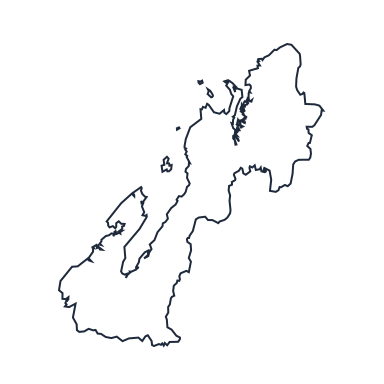 Analalava, Sofia, Madagascar (Natural Earth projection), rotated 6°
{"feature_id": "10022922B21608854890468", "entity_name": "Analalava", "entity_type": "district", "adm_level": 2, "iso_a3": "MDG", "parent_name": "Madagascar", "parent_adm1": "Sofia", "projection": "natural_earth1", "projection_center": [47.842, -14.668], "detail": "fine", "context": "isolated", "style": "outline", "palette": "slate", "viewbox_px": 384, "rotation_deg": 6, "n_neighbors": 0, "source": "geoboundaries", "source_scale": "gbopen_adm2", "svg_char_len": 6045}
<svg xmlns="http://www.w3.org/2000/svg" viewBox="0 0 384 384"><g transform="rotate(6 192 192)"><path d="M195.2,338.0L191.5,336.6L186.1,331.0L181.7,329.1L180.3,321.5L179.0,318.8L181.0,314.4L180.3,308.8L181.7,306.2L182.1,300.2L182.9,298.4L185.2,297.0L183.6,292.4L183.7,287.1L186.4,284.0L186.7,281.6L188.6,281.7L189.1,280.2L188.2,277.0L189.2,274.0L194.7,271.0L197.2,272.1L198.2,261.4L195.7,258.0L197.2,250.1L196.1,244.0L192.6,242.1L191.9,239.4L192.5,238.2L193.9,238.0L194.2,235.7L196.9,230.8L198.7,218.8L201.4,216.7L207.7,215.2L210.8,218.2L215.3,217.8L221.4,220.2L222.5,218.5L227.3,216.3L229.8,213.8L232.1,209.3L232.2,206.0L230.2,196.6L230.3,191.5L228.3,186.7L228.2,182.1L231.0,180.6L230.6,177.9L233.7,175.7L233.8,174.2L231.8,170.5L232.3,168.9L236.4,166.0L238.0,162.8L239.6,163.5L241.1,168.1L243.7,169.2L247.8,165.4L246.6,162.0L246.9,160.4L249.4,161.3L251.6,158.9L253.2,163.4L256.9,162.3L257.8,160.5L258.9,164.2L262.4,164.7L263.3,163.9L263.2,162.7L261.0,162.5L261.4,160.5L266.9,162.6L269.5,171.5L269.4,182.7L275.3,183.1L277.8,181.2L278.6,177.9L280.0,178.0L283.6,175.3L286.6,176.2L289.2,173.3L290.1,163.5L289.8,154.0L291.3,150.9L294.8,148.8L304.8,147.7L306.0,145.5L306.3,141.5L305.3,136.8L301.8,134.2L302.8,131.1L304.1,130.9L305.2,123.0L301.8,121.1L301.3,117.6L299.8,117.1L299.2,115.1L304.8,114.6L306.7,112.9L312.3,101.9L312.4,97.3L314.0,97.3L309.7,92.8L305.1,92.0L295.5,92.6L293.4,81.9L292.5,81.4L291.7,82.9L289.5,83.9L285.9,79.6L284.5,76.3L284.0,67.9L284.8,57.4L286.3,55.8L286.7,53.7L285.4,46.2L284.7,43.4L275.5,35.2L271.1,34.9L264.5,38.9L261.3,42.0L259.1,41.9L254.2,48.0L250.0,50.5L248.3,53.4L247.4,52.2L244.0,52.9L243.7,53.9L245.0,54.9L243.6,55.7L246.3,59.1L243.9,59.5L244.6,62.0L236.1,65.5L237.5,70.1L233.7,74.7L234.0,80.1L237.9,79.1L239.3,80.3L239.7,82.5L238.4,85.6L239.6,86.9L238.3,86.8L238.0,87.9L238.5,92.7L239.4,95.2L240.6,95.6L242.0,94.2L241.6,95.9L236.9,94.8L236.6,96.5L238.2,97.2L238.5,97.9L236.8,100.1L238.2,97.7L235.1,96.2L234.1,97.9L233.9,101.2L235.7,100.1L235.7,102.5L235.6,100.5L233.5,101.6L232.4,100.0L232.5,102.7L234.4,102.9L235.6,105.5L235.7,106.0L233.7,107.7L235.2,109.1L234.6,109.7L238.9,112.2L237.4,111.8L237.6,113.4L233.4,115.5L236.8,116.1L237.4,117.2L237.0,118.6L236.6,116.3L235.7,116.5L236.3,117.4L232.0,116.0L233.5,120.7L235.8,121.5L234.2,122.5L234.5,123.5L232.8,120.8L230.7,120.1L232.8,119.4L230.2,115.4L229.6,120.1L232.8,125.7L231.2,126.0L230.2,124.9L230.4,126.8L231.7,127.7L230.4,127.4L229.6,130.1L230.8,131.2L229.1,130.8L228.6,132.0L232.1,134.1L233.5,136.9L230.1,133.0L228.0,133.6L231.2,140.1L230.3,140.4L229.1,136.0L227.4,134.5L227.1,132.0L228.5,130.7L228.5,125.6L226.4,124.3L224.1,119.4L225.5,119.8L225.3,115.8L226.2,113.6L224.8,112.9L226.6,111.2L227.7,102.2L230.3,94.3L232.2,92.3L230.7,85.2L225.6,84.3L223.8,85.4L224.5,88.1L222.5,84.3L223.8,84.5L223.3,83.6L224.8,84.2L225.3,83.3L220.8,79.4L216.2,77.0L212.6,78.6L214.1,79.6L216.8,78.4L214.9,82.6L219.0,86.4L220.8,90.4L223.0,92.5L220.5,104.7L220.6,107.7L218.0,110.9L215.9,109.8L215.3,107.1L211.2,111.3L205.5,110.4L199.4,103.5L197.8,102.7L196.7,106.8L194.0,106.2L193.2,108.8L191.8,108.8L193.6,118.3L183.5,127.8L180.3,140.0L179.8,147.1L180.0,148.8L181.6,149.4L180.9,150.7L182.5,152.3L181.4,155.2L183.5,156.6L183.0,157.7L186.9,163.5L185.9,163.3L186.1,166.4L183.6,169.7L183.4,172.5L185.6,174.0L185.6,178.5L188.8,183.7L188.3,185.6L186.5,187.4L185.7,192.5L184.4,195.1L182.2,197.6L179.4,197.5L177.5,201.4L178.6,202.4L177.0,206.2L173.0,210.1L169.3,216.8L170.8,221.1L168.6,224.7L166.3,226.2L166.2,229.2L161.9,235.6L159.7,243.8L155.5,248.5L157.7,253.0L155.7,256.7L155.2,260.3L151.3,263.0L154.7,259.4L154.7,254.7L151.3,257.0L146.7,263.8L146.5,267.3L144.2,272.8L144.3,273.2L146.0,272.6L147.1,273.0L146.0,272.9L144.5,275.0L140.0,277.6L138.5,277.6L139.0,278.5L136.6,281.0L135.2,284.4L136.2,280.0L133.7,281.2L131.1,280.3L129.8,278.4L130.8,268.6L132.6,264.7L130.5,253.7L143.7,234.2L149.6,221.5L149.2,219.6L148.0,220.6L145.2,220.3L146.6,217.1L143.7,211.5L144.6,208.4L143.0,208.7L142.4,206.1L143.6,208.3L147.4,201.7L145.6,201.5L142.7,199.0L141.1,196.0L141.6,193.4L140.9,192.4L133.2,199.1L134.9,201.2L135.0,202.3L133.0,200.5L133.5,199.5L132.6,199.6L122.7,210.6L110.2,230.2L111.7,231.4L112.2,234.2L113.7,235.8L116.9,234.2L119.4,236.1L120.3,234.5L119.9,231.0L122.2,228.8L124.9,231.0L128.3,230.8L127.9,232.8L126.1,233.6L126.5,235.9L123.6,238.6L126.3,238.1L124.6,239.5L125.0,240.8L123.8,240.2L121.2,241.7L120.1,238.9L119.0,239.9L119.5,242.1L118.3,244.2L118.8,241.8L116.2,241.6L114.0,243.7L110.9,244.8L106.9,249.0L107.1,250.5L105.7,252.9L107.2,254.2L105.3,253.8L103.4,255.6L108.7,258.8L106.4,258.8L105.3,256.9L103.3,257.6L102.4,254.7L98.0,257.9L99.6,257.4L100.1,257.9L99.5,257.8L99.8,261.8L96.0,268.6L99.2,271.4L96.8,270.9L95.5,270.0L95.5,268.8L86.1,277.9L80.5,278.9L70.5,294.3L70.0,303.6L73.8,306.1L74.3,311.8L77.8,311.7L80.1,309.5L80.2,311.6L79.3,313.0L80.0,313.6L78.5,313.0L77.7,315.7L79.0,316.9L77.6,319.1L81.8,319.3L87.9,315.2L86.7,329.3L91.1,335.6L92.0,341.4L94.5,342.9L99.4,341.9L103.5,338.9L108.3,339.9L110.5,339.3L113.0,342.7L116.3,342.6L121.3,345.2L127.1,345.7L132.3,343.7L138.5,347.6L144.6,344.2L153.9,342.4L158.1,345.4L160.8,340.4L163.0,339.1L167.4,344.4L168.3,348.4L170.3,349.1L175.0,346.7L177.2,347.2L178.2,345.7L179.9,347.7L180.7,345.0L183.3,347.0L185.4,343.5L193.9,342.4L195.4,339.6L195.2,338.0ZM164.1,166.1L165.3,161.3L163.4,159.6L160.4,162.9L161.6,167.9L159.0,169.0L160.5,175.0L164.5,172.2L165.3,174.0L166.9,173.8L168.9,171.6L168.9,167.3L166.8,168.2L166.3,166.0L164.1,166.1ZM199.6,89.5L197.0,88.1L198.1,89.9L197.3,92.9L201.1,95.8L202.1,95.5L202.8,94.2L202.3,93.0L199.6,89.5ZM191.2,82.2L190.4,80.2L188.8,81.3L186.8,81.1L187.1,82.6L188.6,83.9L191.2,82.2ZM233.1,107.4L235.1,106.1L235.3,105.7L233.2,105.2L232.1,106.6L233.1,107.4ZM170.6,131.6L172.9,129.9L172.3,129.1L170.3,130.2L170.6,131.6ZM232.6,105.1L232.7,104.0L231.7,103.2L231.4,104.4L232.6,105.1ZM238.9,95.0L238.6,94.0L237.6,93.2L237.6,94.3L238.9,95.0ZM234.5,104.8L234.2,103.4L233.1,103.8L233.3,104.3L234.5,104.8ZM237.3,113.4L237.0,112.1L235.9,113.4L237.3,113.4Z" fill="none" stroke="#1e293b" stroke-width="2"/></g></svg>